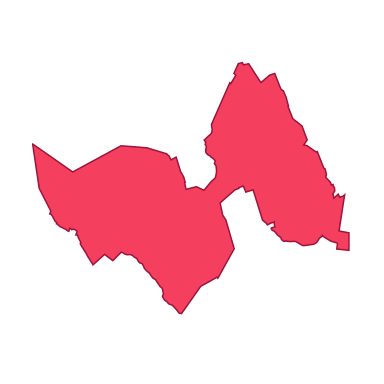 the district of Eersel, Noord-Brabant, Netherlands, rotated 79°
{"feature_id": "6326949B60524061283729", "entity_name": "Eersel", "entity_type": "district", "adm_level": 2, "iso_a3": "NLD", "parent_name": "Netherlands", "parent_adm1": "Noord-Brabant", "projection": "natural_earth1", "projection_center": [5.327, 51.393], "detail": "fine", "context": "isolated", "style": "filled", "palette": "rose", "viewbox_px": 384, "rotation_deg": 79, "n_neighbors": 0, "source": "geoboundaries", "source_scale": "gbopen_adm2", "svg_char_len": 5630}
<svg xmlns="http://www.w3.org/2000/svg" viewBox="0 0 384 384"><g transform="rotate(79 192 192)"><path d="M114.6,339.2L114.8,339.3L115.3,339.3L126.0,339.8L159.2,341.3L183.9,334.2L186.3,335.8L186.4,335.5L186.5,335.4L186.6,335.1L186.9,334.8L187.2,334.5L187.4,334.5L187.7,334.2L188.7,333.8L188.8,333.7L190.4,333.2L190.7,333.2L191.0,333.1L191.3,333.0L191.6,332.9L192.5,332.6L193.3,332.4L194.6,332.0L196.5,330.5L197.3,331.1L197.4,330.9L198.3,330.1L198.9,329.6L200.3,328.5L200.7,328.2L201.1,327.7L201.8,326.7L203.5,324.6L203.8,324.1L204.2,323.4L204.6,323.0L205.1,322.6L205.7,322.2L206.5,321.3L207.0,320.6L207.1,320.4L206.1,319.9L205.8,319.8L205.0,319.3L204.5,319.0L204.2,318.8L204.8,318.3L205.5,317.6L205.9,317.4L206.0,317.3L206.1,317.2L206.1,316.9L205.8,316.1L206.0,315.6L206.2,315.2L206.3,314.9L206.3,314.6L206.7,314.0L207.0,313.6L207.7,313.0L208.7,312.2L212.0,314.2L212.3,312.7L215.6,312.2L217.4,311.6L220.4,310.7L221.4,311.6L225.0,310.4L228.8,308.9L231.6,307.8L232.3,307.5L233.4,307.2L234.8,306.8L236.0,306.4L241.1,304.4L242.0,304.0L243.2,303.5L244.6,303.1L236.6,289.7L244.3,282.8L243.0,280.9L238.4,274.2L237.5,272.9L237.8,272.7L238.0,272.5L238.1,272.3L238.1,272.2L238.2,271.7L238.3,271.5L238.5,271.3L239.5,270.5L239.9,270.1L240.0,269.9L240.9,268.4L241.0,268.1L241.1,267.8L241.4,266.8L241.4,265.8L241.4,265.4L241.7,264.6L242.0,264.0L242.5,263.2L243.0,262.5L243.0,262.4L243.3,262.2L243.5,262.1L244.3,261.6L245.7,260.2L245.8,260.1L246.0,259.9L246.2,259.3L246.3,259.0L246.5,259.0L246.6,258.9L249.8,257.9L250.5,257.6L251.3,257.1L251.6,256.8L252.1,255.9L252.6,254.9L252.8,254.7L253.7,254.3L254.6,254.0L256.7,253.5L257.6,253.4L258.1,253.2L261.2,251.3L261.7,251.0L261.8,250.9L262.0,250.7L262.4,250.2L262.7,249.9L262.9,249.8L263.8,249.2L264.5,248.9L267.0,247.8L268.8,246.9L269.1,246.7L269.3,246.5L270.8,244.8L271.2,244.4L271.5,244.3L271.9,244.1L275.6,242.8L276.9,242.1L277.8,241.7L278.7,241.3L279.0,241.2L279.7,240.4L279.8,240.3L280.8,239.8L281.5,239.6L282.4,239.4L283.1,239.4L284.6,239.6L284.9,239.6L286.1,239.4L286.4,239.4L286.6,239.4L286.8,239.5L288.4,240.8L288.7,240.9L288.8,240.9L289.0,240.9L289.4,240.8L292.8,239.6L293.0,239.5L293.1,239.4L295.0,237.5L295.2,237.3L295.4,237.2L296.6,236.7L296.9,236.6L297.5,236.0L297.8,235.6L299.1,233.4L299.2,233.2L299.4,233.0L299.6,232.8L304.0,230.0L304.5,229.7L307.5,228.3L307.9,228.1L308.3,227.7L308.5,227.5L308.7,227.2L308.9,226.8L309.4,225.6L309.0,225.2L308.9,225.0L291.1,206.5L286.2,201.4L285.9,200.4L282.4,189.6L280.4,183.6L281.5,183.1L280.1,181.8L269.9,173.3L255.8,161.4L234.4,163.3L225.9,164.1L220.4,166.3L208.1,166.5L205.2,161.6L198.1,149.4L197.4,145.3L196.6,145.2L196.1,141.3L196.0,141.2L196.6,140.7L196.4,140.3L202.4,139.2L201.5,131.6L233.2,128.1L236.6,125.2L238.7,124.3L237.5,120.1L237.2,117.0L237.6,117.2L237.9,117.3L242.1,117.4L242.4,120.9L243.2,121.3L243.6,121.0L243.8,120.9L244.1,120.8L244.9,120.6L245.0,120.5L245.4,119.9L246.0,118.9L246.4,118.6L246.5,118.5L247.3,118.0L249.1,116.9L249.5,116.9L250.8,116.1L251.1,115.9L252.0,115.0L253.0,114.1L253.3,113.8L253.4,113.6L253.7,113.5L253.9,113.4L254.5,113.4L255.0,113.4L255.5,113.3L255.8,113.1L256.8,112.4L257.1,112.2L257.4,111.8L257.9,111.3L258.0,111.1L258.1,110.8L258.1,110.6L257.9,109.9L257.8,109.1L258.2,108.8L258.3,108.7L259.2,105.8L259.6,104.0L259.8,102.2L260.0,101.1L260.1,100.6L260.3,99.9L260.6,99.4L260.9,99.0L265.3,94.1L265.6,93.7L265.7,93.4L265.9,92.9L265.9,92.7L266.0,92.2L266.4,85.5L266.4,82.6L266.4,82.0L266.3,81.7L266.2,81.3L265.5,79.7L265.2,79.3L264.9,78.8L261.9,75.9L261.7,75.6L261.5,75.2L260.6,73.5L260.3,73.0L259.9,72.7L259.4,72.4L259.8,72.1L260.0,72.1L260.3,72.0L260.8,71.6L261.0,71.4L266.1,65.8L266.7,65.1L269.8,59.3L270.0,59.1L270.4,59.0L270.5,59.1L275.6,60.8L279.2,49.1L262.0,45.7L258.3,55.1L228.3,44.3L223.9,42.7L224.7,44.1L224.9,44.5L225.0,44.8L225.1,46.0L225.1,46.8L225.3,48.0L222.0,48.9L225.1,53.8L220.4,54.0L219.1,52.3L218.8,52.0L218.0,51.6L214.9,51.3L213.0,52.2L211.5,52.1L211.6,53.9L209.0,54.2L203.1,57.9L202.9,57.9L200.6,56.7L194.8,56.9L193.5,58.1L176.2,61.3L176.3,61.7L176.4,62.5L168.4,70.3L167.2,73.4L162.9,69.0L148.2,71.4L141.4,77.2L141.4,77.3L139.2,79.1L126.5,81.4L126.3,80.9L117.3,81.5L110.1,83.0L110.1,83.4L107.6,85.2L91.4,88.2L92.1,93.2L92.0,93.3L97.7,103.3L97.7,103.5L95.6,104.4L76.9,111.9L77.0,117.3L74.6,117.8L74.8,122.0L83.6,128.2L85.7,126.7L93.0,133.2L91.9,134.0L129.4,160.0L134.8,160.3L137.6,161.5L137.9,161.6L138.3,162.0L138.5,162.3L138.8,162.6L138.9,162.8L139.2,163.2L140.0,164.9L140.5,165.7L140.7,165.9L141.5,167.3L142.5,168.7L142.6,168.9L142.9,169.4L143.2,169.8L143.3,170.1L144.6,169.6L145.4,169.1L145.6,169.0L146.1,169.4L146.3,169.5L147.2,169.5L147.3,169.5L147.8,170.0L148.2,169.9L148.9,169.6L149.6,169.4L149.9,169.3L150.4,169.3L150.6,169.4L151.3,169.7L151.7,169.8L152.4,170.2L152.9,170.2L153.0,170.3L153.1,170.5L153.6,170.6L154.2,170.6L154.9,170.8L155.3,170.8L155.5,170.8L156.1,170.7L156.4,170.6L156.7,170.5L156.8,170.4L157.4,170.0L157.7,169.8L158.2,169.4L158.5,169.3L159.5,168.0L160.0,167.6L160.6,167.0L161.5,166.6L161.8,166.3L162.6,165.3L162.7,165.1L163.1,164.9L164.3,164.1L165.4,163.5L165.6,163.4L166.1,163.5L167.1,163.8L167.4,163.9L167.7,164.1L168.3,164.6L170.1,163.9L171.4,163.4L171.5,163.4L175.8,163.9L177.4,164.3L178.3,164.6L182.4,166.3L182.6,166.4L185.3,171.0L192.6,179.9L187.6,186.7L187.7,186.9L187.8,190.1L188.3,197.3L184.2,197.5L181.3,197.4L181.2,196.8L175.6,197.3L170.0,199.2L169.7,199.3L154.7,200.9L154.7,201.0L154.8,201.4L155.7,203.9L155.8,204.3L156.4,206.0L156.5,206.4L156.4,206.4L152.2,207.7L152.2,207.8L149.6,209.7L140.0,227.9L139.2,230.8L136.4,240.7L133.1,252.9L149.6,305.3L130.6,323.6L117.6,336.2L114.6,339.2Z" fill="#f43f5e" stroke="#9f1239" stroke-width="1.5"/></g></svg>